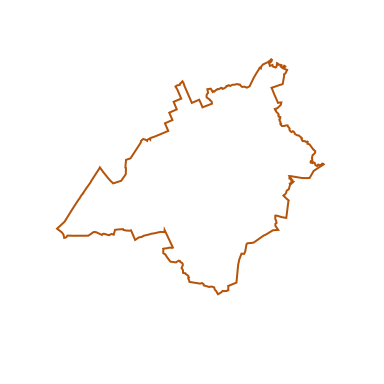 Raunas pag., Raunas, Latvia, rotated 245°
{"feature_id": "27541924B42175527165431", "entity_name": "Raunas pag.", "entity_type": "district", "adm_level": 2, "iso_a3": "LVA", "parent_name": "Latvia", "parent_adm1": "Raunas", "projection": "orthographic", "projection_center": [25.644, 57.352], "detail": "fine", "context": "isolated", "style": "outline", "palette": "amber", "viewbox_px": 384, "rotation_deg": 245, "n_neighbors": 0, "source": "geoboundaries", "source_scale": "gbopen_adm2", "svg_char_len": 5988}
<svg xmlns="http://www.w3.org/2000/svg" viewBox="0 0 384 384"><g transform="rotate(245 192 192)"><path d="M161.8,323.0L162.3,322.6L162.7,322.0L162.6,321.8L162.4,321.7L162.3,321.2L162.2,320.9L162.1,320.0L162.2,319.6L162.5,318.8L163.3,318.3L163.5,317.9L163.4,317.6L163.3,317.3L162.7,316.6L162.7,316.2L164.1,315.3L165.1,315.3L166.4,315.5L166.6,315.5L166.9,314.9L167.6,314.7L167.7,314.4L167.3,313.9L167.3,313.7L167.9,313.8L168.5,313.0L168.6,312.8L168.2,312.2L168.4,312.0L168.7,312.0L169.1,312.2L169.8,312.9L169.9,313.5L169.8,314.4L169.9,314.5L170.9,314.9L171.8,314.9L173.9,316.4L174.6,317.2L174.6,317.7L174.9,318.6L175.4,319.8L175.7,320.3L176.9,320.9L179.5,320.0L179.5,319.8L185.4,318.7L187.0,317.0L188.5,318.1L188.9,317.9L189.3,316.4L190.4,315.8L191.4,313.8L193.8,313.6L194.3,314.4L198.2,312.6L198.7,311.5L200.9,309.9L202.4,309.9L203.7,309.7L204.5,309.0L204.2,307.6L205.2,306.9L207.2,306.6L208.3,307.3L210.8,306.7L212.0,306.8L212.7,304.9L212.8,303.8L213.8,301.4L214.1,301.4L215.3,300.9L215.8,300.8L216.3,300.9L216.3,301.1L216.2,301.5L216.3,301.6L216.6,301.5L216.7,301.4L216.6,301.2L217.3,301.3L218.0,301.8L218.3,301.7L218.8,301.7L219.5,301.5L220.2,301.9L220.8,301.8L221.0,302.1L221.0,302.5L221.6,303.0L222.1,303.5L222.5,303.4L222.7,303.6L222.8,303.5L223.2,303.1L223.6,302.4L224.3,302.5L224.6,302.8L225.0,302.7L225.5,303.2L226.2,303.3L229.5,302.2L230.5,302.3L230.7,302.5L231.2,302.2L231.4,302.1L231.5,302.4L231.7,302.5L232.2,302.4L231.9,304.8L233.4,309.2L235.4,310.8L236.0,309.4L236.3,308.4L236.4,307.6L243.1,307.8L245.3,307.8L250.3,308.1L252.8,308.1L251.9,316.8L251.7,318.3L251.5,318.7L251.6,319.9L256.8,323.5L257.8,324.3L259.8,325.2L259.9,326.6L262.4,329.8L265.2,327.2L266.3,329.6L267.5,328.9L267.2,327.8L266.6,327.7L266.5,326.8L266.6,326.2L268.4,325.4L269.2,326.6L270.4,325.3L270.7,324.2L272.0,324.1L272.8,323.5L269.8,321.5L269.5,320.4L271.5,318.4L272.1,318.3L273.1,318.6L273.4,315.9L276.1,316.3L276.3,318.0L277.2,319.7L278.0,320.3L278.8,319.9L278.7,319.3L278.0,318.5L277.9,316.6L277.6,315.9L277.6,310.3L277.4,310.0L277.2,309.3L276.3,307.6L274.9,306.6L276.0,305.8L275.3,305.0L271.8,299.6L269.1,295.8L263.4,288.8L263.4,285.8L264.4,284.9L265.4,283.8L266.0,281.9L267.9,281.0L269.3,280.8L269.4,280.6L269.7,279.4L270.8,278.5L271.3,275.6L271.7,275.1L272.1,273.9L272.1,272.9L272.0,271.9L271.9,271.7L272.1,271.3L272.5,270.9L272.9,270.8L273.2,270.4L273.4,270.0L273.0,269.2L273.1,268.8L273.4,268.3L273.5,268.1L273.3,267.9L272.9,267.6L272.4,265.5L272.4,264.9L272.5,264.3L272.4,263.7L272.7,263.1L273.3,263.2L274.0,262.7L274.1,262.3L274.0,261.0L273.9,260.1L273.9,259.7L274.5,258.6L274.2,258.3L274.3,257.2L273.6,254.5L274.1,254.4L274.3,254.1L274.2,253.6L274.0,253.0L277.7,252.7L278.7,249.4L275.1,248.5L274.2,246.7L272.8,245.7L271.4,245.3L268.2,247.2L267.7,247.0L266.8,247.6L265.4,248.0L263.6,247.4L264.3,237.3L268.3,237.5L272.6,237.5L272.8,229.5L291.4,230.0L294.6,230.4L296.4,230.1L295.4,228.0L295.5,227.6L294.9,226.6L294.5,226.4L294.2,226.1L294.9,223.8L294.7,222.0L294.6,221.6L291.1,222.0L281.2,221.7L281.5,213.5L273.3,213.1L273.5,204.9L265.5,204.7L265.7,196.5L257.4,196.3L257.7,188.0L257.9,183.4L258.0,181.6L258.5,177.0L257.2,176.3L258.1,176.0L258.3,174.8L258.1,173.5L257.4,173.0L259.2,171.8L260.7,170.1L259.8,167.4L259.2,167.1L258.2,166.1L248.5,150.5L249.0,145.8L242.3,141.9L241.7,142.3L236.1,139.5L232.1,132.6L233.1,124.2L236.5,122.9L239.7,121.9L247.5,120.0L253.2,118.9L252.3,117.7L244.5,105.2L243.7,104.2L243.2,103.5L240.6,98.8L236.8,92.4L236.7,92.5L235.3,89.6L233.5,87.1L233.2,86.3L231.4,83.3L226.4,75.4L221.7,68.2L218.9,63.9L215.8,54.2L210.4,57.0L207.8,57.5L204.4,56.8L204.2,57.8L204.1,58.4L204.2,59.2L205.1,60.7L204.7,61.6L202.5,65.9L198.8,74.0L196.2,79.6L197.3,85.9L196.3,87.9L191.1,92.3L191.6,93.3L191.5,94.4L187.9,98.5L188.0,101.4L186.4,103.0L190.2,106.2L189.8,107.8L187.5,113.8L186.5,113.9L184.6,116.5L182.8,120.2L182.9,120.4L181.4,120.5L172.6,120.2L173.3,124.7L172.5,127.7L172.8,129.6L171.5,135.8L171.5,136.8L171.1,138.5L170.6,139.8L169.4,145.6L169.1,146.7L167.3,150.1L169.1,151.1L149.7,151.2L149.7,150.5L149.9,150.1L150.6,149.1L151.0,148.2L151.8,144.9L152.7,142.2L152.7,141.9L152.4,141.9L148.8,140.1L146.8,141.2L146.7,141.5L144.9,141.7L144.7,141.6L138.1,142.9L135.0,147.6L135.4,150.9L134.6,151.9L133.4,151.8L132.2,152.9L130.8,153.2L129.6,152.8L127.5,150.4L125.1,150.8L122.5,149.7L121.6,150.8L121.2,151.6L120.7,151.5L117.6,153.2L117.3,153.2L116.3,152.7L115.8,153.0L115.4,152.1L113.4,152.1L111.6,151.7L106.9,158.6L105.5,160.7L105.3,162.6L103.4,163.6L102.4,163.2L102.3,163.3L99.0,167.1L98.7,167.3L98.1,169.7L96.2,171.8L93.9,171.4L92.5,171.9L91.6,172.1L88.4,172.3L88.6,175.5L89.2,177.7L89.4,177.9L88.6,179.2L87.8,181.2L87.6,183.4L88.9,183.9L90.7,184.9L91.5,185.0L91.1,194.0L106.4,203.0L110.7,206.2L112.1,207.6L115.2,210.8L113.9,213.1L114.0,213.2L115.6,215.1L121.7,219.4L122.1,220.5L121.9,220.8L121.8,221.3L121.2,223.1L120.6,224.5L120.6,224.8L120.1,226.5L122.3,238.8L122.1,240.1L123.1,249.2L121.2,254.1L126.1,253.3L127.8,254.0L128.2,255.0L128.2,255.5L130.2,256.1L132.0,256.0L135.3,257.4L135.4,257.5L135.0,258.5L131.0,263.1L128.7,266.5L143.4,275.8L143.5,276.0L145.0,275.4L145.2,275.2L150.1,273.3L150.3,273.9L150.4,274.5L150.4,275.0L151.2,276.6L151.6,277.2L152.6,277.8L153.1,278.5L153.4,279.0L153.5,279.5L153.4,279.9L153.6,280.6L153.6,280.9L153.7,281.1L154.6,281.7L155.3,282.4L155.7,282.6L156.5,283.5L157.1,283.8L157.2,284.2L157.6,284.2L157.3,284.6L157.4,284.9L157.9,284.4L158.2,284.4L158.3,284.6L158.0,285.3L158.8,285.8L158.0,287.2L158.1,287.6L158.4,288.3L158.6,288.1L158.7,287.8L158.9,287.6L159.0,287.7L158.9,287.8L159.1,287.9L159.3,287.9L159.8,287.2L160.0,287.2L160.5,287.7L160.9,287.0L161.1,286.9L161.5,287.4L161.8,287.5L162.0,287.2L162.3,286.7L162.7,286.4L162.9,286.6L162.7,286.6L162.7,286.9L163.0,287.2L163.7,286.7L163.7,286.3L163.9,286.4L164.0,287.0L164.6,287.1L164.6,287.3L164.8,287.5L164.9,287.4L165.0,287.0L165.1,286.9L165.3,286.9L164.7,288.1L158.2,297.6L156.4,301.2L155.0,304.5L159.7,311.2L160.6,317.2L161.4,323.1L161.8,323.0Z" fill="none" stroke="#b45309" stroke-width="2"/></g></svg>